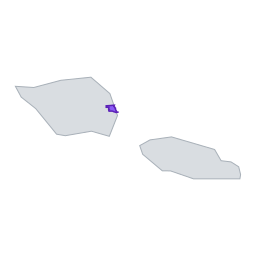 Faasaleleaga III, Fa'asaleleaga, Samoa shown in context
{"feature_id": "51752279B1430525557017", "entity_name": "Faasaleleaga III", "entity_type": "district", "adm_level": 2, "iso_a3": "WSM", "parent_name": "Samoa", "parent_adm1": "Fa'asaleleaga", "projection": "albers", "projection_center": [-172.2, -13.646], "detail": "fine", "context": "in_parent", "style": "filled", "palette": "violet", "viewbox_px": 256, "rotation_deg": 0, "n_neighbors": 0, "source": "geoboundaries", "source_scale": "gbopen_adm2", "svg_char_len": 1486}
<svg xmlns="http://www.w3.org/2000/svg" viewBox="0 0 256 256"><path d="M90.9,77.2L109.9,93.6L117.5,115.5L109.3,136.3L91.4,131.2L65.3,135.7L56.6,134.2L35.7,108.6L21.2,97.1L15.4,86.3L33.8,87.5L60.8,80.3L90.9,77.2ZM239.9,178.8L193.4,178.8L170.5,170.9L162.3,170.8L142.7,154.3L139.7,145.6L150.0,139.9L171.5,136.9L214.6,149.5L221.1,160.7L231.0,161.9L238.7,166.8L240.6,174.6L239.9,178.8Z" fill="#d9dde1" stroke="#a8b0b8" stroke-width="1"/><path d="M117.3,112.2L117.1,112.0L117.0,111.9L116.8,111.6L116.7,111.5L116.6,111.3L116.4,111.1L116.2,110.8L116.1,110.6L116.0,110.4L115.9,110.3L115.9,110.2L115.7,109.9L115.7,109.7L115.5,109.3L115.5,109.0L115.5,108.8L115.4,108.6L115.5,108.5L115.5,108.4L115.4,108.3L115.4,108.2L115.2,108.2L114.9,107.9L114.8,107.6L114.8,107.4L114.7,107.3L114.8,107.3L114.8,107.2L114.7,107.1L114.5,106.9L114.4,106.9L114.2,106.7L114.0,106.3L114.0,106.2L113.9,106.1L114.0,106.0L114.0,105.9L114.0,105.7L114.2,105.4L114.3,105.2L112.1,105.3L111.2,105.5L110.8,105.5L106.2,105.8L106.2,106.6L106.2,107.3L108.9,107.4L108.7,108.5L108.7,108.8L108.9,109.1L109.2,109.4L109.0,109.5L108.9,109.5L108.6,109.7L108.6,109.8L108.8,110.3L108.8,110.5L108.9,110.8L109.0,111.1L109.4,111.1L109.6,111.1L109.8,111.2L110.2,111.1L110.3,111.1L110.8,111.1L111.0,111.1L111.9,111.1L112.7,111.2L113.2,111.4L113.4,111.6L114.0,111.8L114.4,111.9L114.8,112.0L115.8,112.4L116.1,112.5L116.6,112.4L116.8,112.4L117.2,112.3L117.3,112.2L117.2,112.2L117.3,112.2Z" fill="#8b5cf6" stroke="#5b21b6" stroke-width="1.5"/></svg>